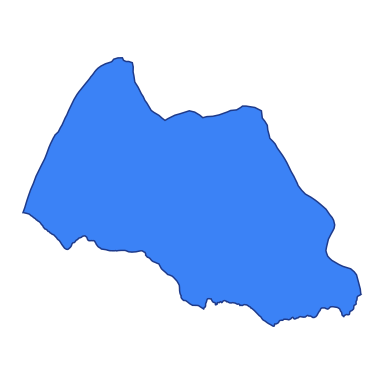 Phaxay, Xiangkhoang, Laos
{"feature_id": "54806243B24491870004001", "entity_name": "Phaxay", "entity_type": "district", "adm_level": 2, "iso_a3": "LAO", "parent_name": "Laos", "parent_adm1": "Xiangkhoang", "projection": "equal_earth", "projection_center": [103.113, 19.269], "detail": "fine", "context": "isolated", "style": "filled", "palette": "blue", "viewbox_px": 384, "rotation_deg": 0, "n_neighbors": 0, "source": "geoboundaries", "source_scale": "gbopen_adm2", "svg_char_len": 5948}
<svg xmlns="http://www.w3.org/2000/svg" viewBox="0 0 384 384"><path d="M329.2,308.1L330.1,307.2L330.7,306.8L332.9,306.7L337.2,307.4L338.1,307.8L338.6,308.2L339.2,308.5L339.7,309.0L340.6,311.1L341.2,311.8L341.6,312.5L342.0,314.6L342.3,315.4L342.9,315.8L343.3,316.1L343.5,316.5L343.8,316.6L344.3,315.7L345.0,315.2L346.1,314.6L346.9,314.5L347.8,314.8L348.6,314.7L349.1,314.5L349.4,314.2L349.6,313.3L349.7,312.5L350.0,311.6L350.4,311.2L351.8,310.6L353.0,309.5L353.5,309.0L353.7,308.3L353.8,306.5L354.0,305.7L354.3,305.2L355.4,304.7L356.1,304.1L356.1,303.2L356.0,302.1L356.1,301.4L356.8,300.1L357.0,299.2L357.1,297.7L357.2,297.1L357.5,296.6L358.0,296.1L360.5,294.8L361.0,294.3L360.8,294.2L360.3,289.2L358.6,282.6L356.5,274.8L354.2,271.8L350.7,268.8L343.0,266.4L339.1,264.6L331.9,260.4L329.7,258.4L327.7,256.2L326.5,252.9L325.9,250.6L326.6,246.7L328.4,239.2L330.6,234.9L332.9,230.7L334.1,228.3L334.7,224.9L333.6,220.3L332.1,217.5L329.7,214.6L326.0,209.2L321.0,204.8L318.0,202.3L315.3,200.2L310.9,197.2L305.4,194.1L301.7,190.3L298.1,185.6L297.2,183.2L293.9,176.4L291.1,171.5L286.9,162.8L284.7,158.9L282.5,155.4L277.2,147.9L275.2,144.0L273.3,141.8L269.8,138.3L269.2,135.3L267.8,130.1L267.3,125.3L264.8,121.2L262.3,118.1L261.4,110.8L254.9,107.5L246.2,106.1L242.5,106.1L240.7,107.5L236.6,109.9L230.6,110.5L227.5,111.9L219.1,114.9L212.7,116.3L206.9,116.6L202.8,117.7L199.7,115.1L194.7,112.1L189.3,110.8L179.9,113.8L174.9,115.2L168.2,118.5L165.0,120.4L162.1,118.2L159.0,115.4L153.9,112.4L151.2,110.4L146.9,103.1L144.9,100.4L143.2,96.6L141.3,93.7L138.1,87.2L134.8,82.0L133.9,75.9L133.1,71.9L133.2,66.9L132.3,62.7L128.8,61.5L126.0,61.5L123.5,60.3L122.4,57.8L117.9,57.9L113.7,59.2L112.1,61.3L111.0,62.0L105.4,63.8L100.9,66.1L98.0,68.2L96.1,70.1L94.7,71.8L93.6,73.4L92.0,75.5L90.9,76.7L89.6,78.6L87.7,81.0L86.1,82.9L83.7,85.9L79.0,91.7L77.0,94.5L74.0,99.5L68.6,110.7L66.9,114.8L65.2,117.9L62.1,124.9L60.4,127.7L58.3,131.9L55.0,135.0L54.5,136.1L53.4,137.9L50.6,143.6L48.9,147.6L46.6,154.0L44.7,158.8L40.8,166.5L36.0,176.3L33.4,183.4L30.7,189.6L28.6,195.5L26.9,200.6L24.8,207.6L23.0,212.6L23.4,212.6L26.5,213.3L28.7,213.9L29.8,214.5L30.8,215.5L32.3,216.4L33.6,217.6L35.2,218.6L36.5,220.0L37.5,220.4L38.0,221.1L39.1,221.6L40.0,222.4L40.5,223.0L41.4,224.4L42.8,225.8L43.2,226.9L44.8,228.9L45.8,229.2L47.1,230.1L48.1,231.4L49.0,231.6L49.3,231.8L50.0,232.7L50.3,233.0L51.0,233.3L52.1,234.2L53.7,234.8L56.6,237.8L57.3,238.9L58.1,239.7L59.1,240.4L59.4,240.7L60.3,242.0L61.9,244.6L64.5,248.1L65.4,248.7L66.3,249.2L67.2,249.4L67.5,249.4L68.0,249.3L69.6,248.0L70.5,247.1L71.3,245.9L72.1,243.7L72.4,243.3L72.8,242.9L73.3,242.7L74.2,242.6L75.1,241.8L75.9,240.6L76.5,240.0L77.2,239.8L77.7,239.3L78.2,238.9L78.5,238.4L79.0,238.1L79.8,237.8L80.4,237.7L81.0,237.4L81.4,237.3L81.8,237.0L82.2,236.5L82.8,236.2L84.9,235.8L86.0,236.6L86.7,237.2L87.1,238.1L87.4,239.1L87.9,240.0L88.7,240.6L89.2,240.7L90.3,240.7L91.3,240.6L92.7,240.7L93.4,240.6L94.5,241.0L95.0,241.8L95.4,242.6L95.9,243.3L96.2,244.2L98.0,246.6L99.5,247.7L100.5,248.1L101.3,249.0L106.0,249.7L108.4,250.4L109.8,250.7L114.5,250.8L115.6,250.6L116.7,250.9L118.0,250.6L120.9,250.4L124.8,250.4L126.1,250.7L127.4,251.3L128.7,251.8L131.9,252.1L136.0,251.8L140.7,250.8L142.0,250.8L143.0,251.3L143.8,251.9L145.0,252.4L145.7,254.1L145.6,255.1L147.4,257.2L148.5,257.5L149.9,258.4L151.6,260.5L153.0,261.5L155.5,262.5L157.2,263.3L158.8,263.8L161.4,268.7L163.1,270.3L165.8,272.6L167.7,274.5L169.5,275.0L172.1,276.1L173.5,277.3L177.0,281.1L178.6,283.9L179.3,285.3L179.5,287.6L179.6,290.8L180.0,293.2L180.6,294.9L181.2,295.8L181.0,296.7L181.2,297.7L181.7,298.5L182.5,299.4L183.5,300.4L185.7,300.6L187.9,302.2L189.7,303.7L192.5,305.3L197.0,305.4L198.5,305.6L200.1,306.7L203.7,309.0L203.9,308.7L204.0,308.0L204.2,307.6L204.5,307.3L205.2,307.0L205.4,306.6L205.6,305.5L205.6,303.8L205.7,303.5L206.1,302.7L206.5,301.6L207.0,299.7L207.3,299.2L207.5,298.9L208.1,298.7L209.8,298.7L210.7,299.0L211.1,298.9L211.2,299.2L212.2,301.0L212.6,301.6L213.0,302.0L213.4,302.3L213.7,302.4L214.6,302.5L214.8,302.6L215.0,303.0L215.5,303.3L215.6,303.5L215.4,304.3L215.4,304.6L215.5,304.8L215.8,304.8L216.1,304.7L216.8,304.4L217.1,304.2L217.2,303.7L217.3,302.8L217.4,302.6L218.0,302.5L219.1,302.7L219.4,302.6L220.3,301.7L220.6,301.7L220.8,301.7L221.1,302.0L221.6,302.6L221.8,302.6L222.2,302.3L223.0,301.2L223.4,300.9L224.2,300.6L224.8,300.6L225.1,300.7L226.1,301.1L226.5,301.7L227.4,301.7L227.6,301.8L229.3,302.7L229.9,302.9L231.6,302.9L232.3,302.7L232.8,302.6L234.0,302.9L234.8,303.0L235.4,303.2L236.9,304.0L237.4,304.2L238.4,304.0L238.8,304.1L239.1,304.2L239.4,304.5L239.8,305.3L240.0,305.5L240.5,305.1L241.5,305.4L242.1,305.5L242.5,305.4L243.8,304.7L244.2,304.6L244.6,304.6L245.6,304.8L246.6,304.8L247.3,305.3L248.4,305.9L249.2,306.6L250.3,307.0L251.1,308.2L251.3,308.1L252.1,308.6L254.4,310.6L259.2,315.6L260.8,316.8L261.8,318.4L262.8,319.7L263.5,320.2L265.1,321.1L267.2,322.7L268.6,323.6L270.3,324.5L272.8,326.0L273.4,326.2L273.9,326.2L274.2,326.0L274.4,325.6L274.5,324.4L274.7,324.0L274.9,323.9L275.9,324.0L277.3,323.4L277.9,323.1L278.5,322.4L278.8,322.1L279.0,321.5L279.2,321.2L279.9,320.5L280.2,320.4L280.7,320.4L281.0,320.4L281.5,320.2L282.7,320.3L283.8,319.3L284.1,319.2L285.1,319.3L285.7,319.2L286.8,319.4L287.6,319.4L287.8,319.6L288.2,319.7L288.7,319.8L289.2,319.7L290.9,318.8L291.7,317.8L292.8,317.3L293.2,317.6L293.4,318.0L293.8,318.6L294.2,318.8L294.8,319.0L295.4,318.7L295.8,318.7L296.5,318.2L296.9,318.0L297.8,318.0L299.3,316.9L299.8,316.6L300.4,316.6L301.1,316.8L302.2,316.9L303.0,317.1L304.1,317.1L305.3,317.0L306.9,315.7L307.6,315.5L307.8,315.4L308.6,316.0L309.2,316.0L309.4,316.1L310.1,315.9L310.5,316.1L311.2,316.4L311.8,316.7L312.4,317.4L312.8,317.4L313.0,317.4L313.3,317.5L314.1,317.5L315.8,316.7L317.0,315.3L318.1,313.2L318.8,312.1L319.2,311.3L320.0,310.6L320.7,308.8L321.5,308.1L322.5,307.9L324.8,307.9L325.4,308.3L326.6,308.8L326.9,308.8L327.7,309.1L328.4,308.8L329.2,308.1Z" fill="#3b82f6" stroke="#1e3a8a" stroke-width="1.5"/></svg>